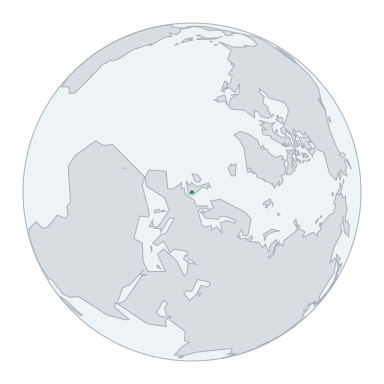 the Earth from above Cambridgeshire, rotated 91°
{"feature_id": "GBR-2053", "entity_name": "Cambridgeshire", "entity_type": "Administrative County", "adm_level": 1, "iso_a3": "GBR", "parent_name": "United Kingdom", "parent_adm1": "", "projection": "orthographic", "projection_center": [0.071, 52.364], "detail": "fine", "context": "on_globe", "style": "filled", "palette": "green", "viewbox_px": 384, "rotation_deg": 91, "n_neighbors": 0, "source": "natural_earth", "source_scale": "10m", "svg_char_len": 10718}
<svg xmlns="http://www.w3.org/2000/svg" viewBox="0 0 384 384"><g transform="rotate(91 192 192)"><circle cx="192" cy="192" r="169" fill="#eef3f6" stroke="#a8b0b8"/><path d="M26.5,225.9L25.9,223.1L25.9,220.4L25.1,214.8L27.6,214.7L28.3,204.0L27.8,199.8L26.5,199.9L26.0,184.0L27.7,173.8L36.1,129.8L39.0,123.1L42.3,117.8L61.7,89.8L45.6,110.3L50.0,102.8L56.6,93.7L56.7,94.4L66.2,84.2L72.4,77.2L85.8,67.5L99.4,64.2L95.2,67.3L98.9,66.4L104.6,62.7L107.3,60.6L128.0,55.2L147.4,47.1L151.0,43.0L152.3,45.5L157.4,36.8L166.3,32.9L157.8,38.5L158.1,40.0L164.9,37.7L166.7,38.8L171.1,38.4L172.6,40.1L167.5,43.6L168.4,44.8L173.2,43.2L177.7,44.0L170.6,46.2L177.8,48.1L170.6,55.0L150.2,60.8L147.6,67.1L130.5,80.0L133.6,80.7L129.0,86.4L130.9,89.4L127.2,91.2L131.8,92.0L134.8,89.8L137.9,89.5L139.2,91.1L134.8,93.7L133.4,93.2L132.8,94.9L130.0,95.5L132.2,96.1L126.6,99.2L134.1,98.7L131.2,103.3L127.0,104.7L125.0,101.2L110.1,97.0L105.1,97.9L100.3,102.4L96.3,117.5L91.9,120.2L87.8,126.2L91.3,126.1L95.8,121.4L101.4,123.0L106.2,117.5L109.2,117.4L115.2,113.4L116.9,117.7L115.3,124.2L110.5,127.9L109.6,131.0L116.4,130.7L109.4,141.1L108.4,154.3L106.3,156.7L98.3,155.3L92.9,146.9L82.6,146.3L91.9,150.6L86.5,157.3L86.7,160.1L88.5,162.2L91.6,161.3L90.3,164.6L80.6,161.2L81.6,158.2L84.7,159.2L82.1,155.4L75.5,153.8L73.3,157.6L65.7,152.1L64.0,154.8L61.4,155.4L64.6,151.2L58.7,158.7L49.5,155.2L41.2,168.1L46.4,153.1L46.5,146.9L45.9,140.8L44.5,142.8L45.6,132.9L43.2,129.2L37.3,135.5L32.9,145.5L32.2,155.4L34.3,154.3L35.0,160.4L29.5,166.0L30.1,179.5L27.1,186.1L26.6,193.6L28.1,198.5L29.3,206.5L31.9,206.2L35.2,210.5L33.5,217.1L36.8,215.0L37.7,221.8L45.5,234.6L44.4,235.1L50.7,253.3L60.3,267.7L62.5,274.8L61.1,276.2L65.1,280.7L65.2,282.6L83.4,299.5L94.8,310.5L95.8,316.1L89.0,317.0L89.1,324.2L78.6,317.1L79.5,318.0L70.8,309.7L62.7,300.8L55.3,291.4L48.6,281.4L42.6,271.0L37.4,260.2L33.0,249.0L29.3,237.6L26.5,225.9ZM38.6,171.4L39.5,190.3L36.7,183.5L37.6,183.9L37.9,178.2L37.6,169.8L35.8,164.2L38.6,171.4ZM44.3,170.9L43.9,168.2L44.6,170.4L44.3,170.9ZM108.3,59.5L104.5,62.6L98.7,65.7L101.7,62.9L108.3,59.5ZM119.5,54.5L118.2,56.1L114.1,56.4L116.1,55.4L119.5,54.5ZM153.2,39.9L149.8,41.5L152.5,39.6L153.2,39.9ZM171.4,38.1L171.8,37.4L173.9,37.6L171.4,38.1ZM113.8,111.3L114.5,112.3L113.0,112.5L113.8,111.3ZM115.8,108.7L113.7,108.2L114.3,106.9L115.6,107.2L115.8,108.7ZM178.1,40.3L181.4,40.9L177.2,40.9L178.1,40.3ZM118.3,109.6L115.7,104.7L116.8,102.4L122.7,101.8L118.3,109.6ZM182.7,41.7L190.5,43.5L192.1,41.9L192.1,47.7L185.4,44.1L180.0,44.1L183.0,43.0L182.7,41.7ZM135.2,88.4L132.0,90.9L133.4,87.4L135.2,88.4ZM135.4,86.3L135.3,76.5L140.6,74.0L139.5,77.6L145.5,73.3L148.1,76.8L145.5,80.0L141.5,80.9L145.5,81.5L135.4,86.3ZM190.8,50.7L191.9,51.8L189.8,51.4L190.8,50.7ZM139.2,89.1L138.7,87.3L143.3,84.8L145.1,88.1L143.1,87.8L139.2,89.1ZM145.7,70.6L149.5,69.5L152.6,72.0L154.5,71.9L148.7,76.7L145.7,70.6ZM142.7,89.2L146.0,89.8L145.0,92.5L140.0,90.7L142.7,89.2ZM143.7,82.9L146.0,82.0L145.3,83.5L143.7,82.9ZM143.5,102.8L142.8,100.4L145.2,98.9L143.5,102.8ZM147.2,89.9L147.5,89.0L148.4,88.2L150.3,89.2L147.2,89.9ZM151.3,78.2L151.8,79.5L153.9,76.3L156.3,78.2L152.0,81.1L154.9,80.7L155.6,81.3L151.2,83.0L151.3,78.2ZM154.7,87.9L150.0,92.5L150.8,97.1L148.7,98.5L147.8,90.9L154.7,87.9ZM153.1,84.8L153.6,87.0L150.8,87.5L148.6,86.4L153.1,84.8ZM159.6,78.5L156.9,74.9L158.0,74.4L159.6,78.5ZM155.5,89.1L156.6,87.9L155.9,89.3L155.5,89.1ZM159.0,81.6L157.9,80.3L159.1,79.8L159.0,81.6ZM159.8,86.9L158.2,88.3L156.7,87.5L159.8,86.9ZM159.9,84.4L161.8,84.0L157.1,86.4L159.2,83.9L159.9,84.4ZM160.3,81.3L160.7,80.6L160.6,81.9L160.3,81.3ZM166.3,89.1L160.8,92.4L157.5,90.6L163.3,87.6L166.3,89.1ZM353.1,141.1L353.8,145.4L356.6,154.4L356.6,153.7L357.5,158.0L357.7,158.9L355.7,151.7L352.4,146.2L354.0,154.3L352.1,150.3L347.8,149.2L349.0,160.9L352.2,185.5L355.6,196.8L355.3,206.5L347.7,200.2L342.1,191.8L340.7,197.2L331.7,196.3L320.1,212.3L317.3,210.8L315.3,215.3L308.8,217.5L304.0,214.5L300.6,218.1L313.2,225.7L316.7,221.7L317.9,212.6L320.9,216.5L327.0,215.2L324.5,234.4L305.3,264.3L301.5,256.6L276.6,240.7L276.2,237.1L276.0,236.8L275.6,236.2L275.4,242.6L270.4,238.7L285.8,252.7L289.3,259.8L305.1,265.1L304.1,267.4L308.6,267.1L320.5,252.8L321.0,255.7L316.6,274.3L298.3,303.9L299.6,311.4L296.4,319.1L282.5,330.4L281.3,333.7L273.8,338.4L271.7,340.4L264.3,344.5L252.8,349.6L235.9,355.0L236.8,354.4L231.3,354.0L224.5,347.2L230.8,340.7L230.1,336.2L217.6,326.2L220.5,318.2L216.7,315.3L209.1,317.1L204.5,313.4L199.7,313.6L168.4,316.3L157.8,309.7L142.3,289.0L147.1,282.0L146.0,272.2L177.7,239.7L186.6,241.9L214.0,234.3L217.8,235.1L217.0,244.0L239.5,249.3L244.0,240.7L262.0,239.7L272.4,234.4L271.8,217.2L254.7,225.5L249.4,219.2L261.2,205.9L275.8,198.6L274.2,195.9L262.9,194.4L264.2,186.7L258.8,193.3L262.5,195.0L259.2,199.3L255.6,198.1L256.2,195.3L251.2,196.1L249.6,209.5L253.3,212.7L241.5,219.6L246.3,225.8L243.9,230.3L234.7,221.7L234.0,217.5L218.7,209.1L218.3,214.0L232.8,222.5L229.2,222.6L228.8,229.9L226.2,224.4L210.5,214.4L198.5,219.1L186.8,237.6L179.0,239.3L170.9,235.8L171.7,218.1L188.9,216.5L189.4,210.7L182.9,202.6L188.7,202.9L188.2,199.6L194.4,198.6L200.2,189.6L206.1,187.8L205.5,177.2L208.5,175.0L207.9,181.8L210.7,185.7L225.0,181.4L226.9,178.5L225.4,172.1L229.5,171.9L226.2,166.4L233.0,161.1L222.0,163.0L219.9,156.1L222.4,149.3L219.8,147.5L215.6,158.6L215.8,162.8L219.0,165.8L217.7,178.2L213.4,181.3L207.3,170.0L200.6,173.3L198.8,163.6L211.1,138.8L217.7,132.4L234.5,135.4L234.6,140.4L228.6,141.7L236.8,146.5L234.8,143.2L238.3,143.3L237.1,137.1L239.5,136.8L234.4,131.5L237.2,130.5L240.4,133.9L241.1,124.4L246.1,121.0L245.1,119.0L242.6,117.9L250.6,114.6L249.6,113.3L246.5,113.8L242.4,111.7L238.3,106.7L241.3,105.9L243.2,107.5L251.6,110.0L256.2,114.8L257.0,114.0L253.8,109.6L243.4,106.6L240.1,103.9L245.0,104.6L243.0,104.1L242.2,102.5L244.3,100.3L238.9,99.3L226.9,84.2L229.7,78.6L235.5,80.7L230.2,70.3L233.8,65.6L231.0,66.0L226.6,61.7L225.4,63.1L223.8,63.0L211.9,53.6L211.4,51.0L203.2,48.1L201.7,48.4L201.6,50.1L192.1,47.7L192.1,41.9L195.4,41.5L193.2,38.5L200.9,38.1L206.3,36.6L216.1,38.4L219.6,37.3L218.3,36.3L222.0,34.4L234.0,34.5L229.9,38.8L212.9,41.0L220.3,40.3L220.3,41.9L224.0,42.6L229.1,42.2L228.7,41.2L245.4,49.2L260.9,53.1L255.8,48.5L256.7,46.5L269.9,48.6L295.1,63.5L296.6,62.2L299.4,63.8L304.2,68.2L300.2,66.0L301.4,68.5L298.4,66.8L304.7,73.6L300.7,71.5L307.6,78.2L309.5,78.0L305.4,72.5L313.1,79.6L314.1,77.7L318.8,81.4L332.2,98.3L339.1,110.3L340.5,112.5L340.9,114.5L345.0,122.8L347.0,124.8L353.1,141.1ZM169.5,258.1L169.3,261.2L169.5,258.1ZM293.2,198.5L300.7,192.5L293.8,185.6L296.1,182.8L292.9,181.6L293.3,185.1L285.0,181.2L286.9,175.4L284.2,171.8L281.6,173.7L279.4,185.0L291.2,190.5L291.0,196.0L293.2,198.5ZM45.8,235.0L46.5,237.7L45.1,235.7L45.8,235.0ZM35.1,185.1L35.8,188.1L35.8,190.5L35.0,188.7L35.1,185.1ZM44.3,208.4L45.8,212.1L43.8,209.4L44.3,208.4ZM39.9,193.1L43.1,205.8L39.3,201.3L37.4,193.4L39.4,197.3L39.9,193.1ZM41.4,173.4L41.6,175.6L40.8,176.3L41.4,173.4ZM44.7,172.6L44.5,172.0L44.9,170.2L44.7,172.6ZM87.1,157.4L87.8,157.8L89.1,160.4L87.4,160.1L87.1,157.4ZM101.6,167.0L99.2,172.1L99.7,168.1L96.9,168.5L94.4,161.0L105.1,157.6L100.7,160.4L101.6,167.0ZM94.1,150.4L94.4,155.3L93.6,150.1L94.1,150.4ZM179.2,183.2L182.2,185.2L181.2,189.2L173.8,192.3L175.1,186.4L179.2,183.2ZM186.8,187.1L182.8,175.6L187.3,173.4L185.4,176.5L188.8,176.3L186.7,181.2L194.9,190.9L194.5,195.1L181.0,198.1L185.6,194.6L182.3,192.7L186.8,187.1ZM164.8,152.6L163.2,148.3L175.0,149.1L175.2,153.1L167.8,156.2L163.2,153.4L164.8,152.6ZM129.3,109.8L127.9,108.6L129.2,107.8L131.4,108.1L129.3,109.8ZM143.0,101.8L136.7,114.1L134.8,113.4L133.4,121.9L127.8,123.3L128.9,117.7L123.6,125.3L122.3,120.8L119.2,126.3L122.2,113.6L120.9,110.1L124.5,113.4L129.7,112.2L131.5,110.6L135.7,103.6L135.4,95.8L140.4,93.5L144.1,94.1L145.0,95.6L141.4,96.5L145.1,97.9L140.6,100.4L143.0,101.8ZM184.4,105.5L179.9,105.2L186.6,109.8L182.1,111.8L183.1,112.2L180.8,115.4L179.9,120.0L177.5,120.4L178.2,122.1L176.7,124.3L176.8,126.8L172.5,128.4L172.3,131.6L170.4,130.5L171.2,135.8L168.7,132.6L166.6,135.4L170.1,137.0L147.0,140.8L139.2,145.3L134.1,151.0L130.5,145.2L133.1,136.4L139.0,127.4L147.0,124.0L143.9,122.2L146.9,120.1L148.0,122.4L148.0,117.7L150.7,116.6L155.9,109.5L154.1,103.6L156.0,101.0L158.1,102.8L158.5,99.0L163.6,100.7L165.1,98.9L171.6,99.0L174.8,103.7L176.2,101.4L181.2,101.6L184.4,105.5ZM168.2,89.3L173.0,94.2L172.9,97.8L161.5,96.2L159.5,97.6L152.2,97.0L152.5,91.9L154.5,92.5L156.6,91.9L155.7,93.7L158.0,91.9L160.9,92.7L163.4,91.5L164.3,93.4L168.2,89.3ZM220.8,231.1L223.5,230.8L227.4,229.5L227.2,234.2L220.8,231.1ZM210.0,224.4L212.2,223.4L213.8,229.1L211.0,229.5L210.0,224.4ZM212.0,218.2L212.2,222.9L210.4,220.6L212.0,218.2ZM209.9,180.6L212.1,179.2L212.8,180.6L212.3,183.1L209.9,180.6ZM203.3,120.7L200.7,119.7L201.0,118.7L197.5,114.1L200.5,112.5L203.8,114.6L203.3,120.7ZM269.8,221.4L267.6,225.9L265.6,225.3L266.8,223.9L269.8,221.4ZM247.0,231.3L252.9,231.2L246.9,232.6L247.0,231.3ZM206.0,118.2L204.2,116.5L206.8,116.7L206.0,118.2ZM202.5,111.1L205.4,110.9L200.4,111.8L202.5,111.1ZM317.6,301.4L304.1,318.2L298.3,322.9L299.2,321.2L305.5,312.6L312.8,305.3L316.9,299.2L317.6,301.4ZM359.5,170.1L359.0,166.4L359.5,170.1ZM356.0,197.1L358.1,199.9L357.6,203.7L356.0,197.1ZM342.2,115.0L343.9,118.8L343.1,117.6L340.4,112.1L342.2,115.0ZM322.4,84.8L325.4,88.3L326.8,90.1L326.1,89.4L322.4,84.8ZM229.3,103.7L230.9,111.6L234.1,116.7L239.0,118.4L232.8,119.7L227.9,111.8L229.3,103.7ZM226.9,86.6L222.6,85.5L223.9,83.9L225.1,83.9L226.9,86.6ZM224.6,87.3L220.3,89.9L217.6,87.9L221.5,86.3L224.6,87.3ZM213.4,103.7L213.6,106.1L211.5,105.7L213.4,103.7ZM296.1,59.5L294.6,58.8L291.6,56.4L293.5,57.5L296.1,59.5ZM280.5,48.6L290.3,55.5L298.0,61.7L297.2,60.7L301.9,64.2L301.2,64.5L293.4,58.5L288.2,54.2L284.3,52.1L278.5,48.4L274.8,47.3L271.3,45.4L273.0,45.3L280.5,48.6ZM273.4,47.0L265.0,44.6L260.8,41.3L261.7,41.0L267.4,43.4L269.3,45.0L273.4,47.0ZM261.7,43.1L263.5,44.8L254.7,46.6L251.8,46.2L256.3,42.6L258.1,44.0L261.0,44.3L261.7,43.1ZM193.3,51.1L192.1,51.7L192.1,50.6L193.3,51.1ZM223.2,63.9L220.9,63.6L221.0,62.1L223.2,63.9ZM214.6,62.0L216.1,63.9L213.3,62.3L214.6,62.0ZM219.7,68.0L216.2,64.8L221.4,67.4L219.7,68.0Z" fill="#d9dde1" stroke="#a8b0b8" stroke-width="1"/><path d="M191.7,193.0L191.6,192.9L191.6,192.7L191.4,192.6L191.3,192.4L191.2,192.4L191.1,192.2L191.1,191.9L191.3,191.8L191.3,191.7L191.2,191.6L191.1,191.4L191.2,191.5L191.3,191.6L191.5,191.4L191.8,191.3L191.8,191.2L192.0,191.1L192.1,190.9L192.2,191.1L192.3,191.3L192.3,191.5L192.5,191.6L192.7,191.8L192.6,192.0L192.8,192.2L192.8,192.3L192.6,192.3L192.6,192.2L192.5,192.3L192.8,192.4L192.8,192.5L192.7,192.6L192.6,192.8L192.6,193.0L192.5,192.9L192.4,192.8L192.2,192.8L192.1,193.0L192.0,192.9L191.9,192.9L191.8,193.0L191.7,193.0L191.7,193.0Z" fill="#22c55e" stroke="#15803d" stroke-width="1.5"/></g></svg>